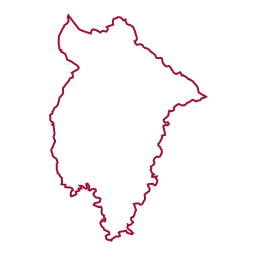 Lebon Régis, Santa Catarina, Brazil
{"feature_id": "56859067B67369109859398", "entity_name": "Lebon Régis", "entity_type": "district", "adm_level": 2, "iso_a3": "BRA", "parent_name": "Brazil", "parent_adm1": "Santa Catarina", "projection": "robinson", "projection_center": [-50.697, -26.878], "detail": "fine", "context": "isolated", "style": "outline", "palette": "rose", "viewbox_px": 256, "rotation_deg": 0, "n_neighbors": 0, "source": "geoboundaries", "source_scale": "gbopen_adm2", "svg_char_len": 5038}
<svg xmlns="http://www.w3.org/2000/svg" viewBox="0 0 256 256"><path d="M52.1,124.7L53.6,125.7L53.9,128.3L54.1,129.8L54.3,131.3L54.5,133.0L54.4,134.8L53.5,136.6L54.0,138.8L55.0,140.4L55.0,142.2L54.0,143.4L53.3,145.4L52.6,147.4L51.7,148.6L51.2,150.5L51.9,152.2L52.5,153.9L52.7,155.7L53.8,157.1L55.0,157.9L56.1,158.5L57.0,160.4L57.6,162.9L56.6,164.3L56.8,166.3L56.7,168.6L57.0,170.2L57.5,171.6L57.6,173.1L59.0,174.1L60.0,176.0L61.1,177.2L61.9,178.2L61.9,180.4L62.0,182.5L61.5,184.3L63.7,184.6L65.4,184.8L65.3,187.1L67.0,187.4L69.0,187.4L70.8,187.6L72.3,188.6L72.9,190.3L71.5,191.0L70.8,192.7L70.7,194.4L71.1,196.3L72.7,195.9L74.8,195.1L76.5,193.8L75.7,191.7L77.4,191.2L79.2,190.6L78.5,188.7L79.9,188.5L81.3,188.7L81.0,187.2L79.9,185.8L81.9,185.9L83.6,187.0L84.8,188.4L86.1,188.7L87.2,188.0L86.7,186.1L86.2,184.1L87.4,183.6L88.6,185.0L89.3,186.8L89.3,188.7L88.6,190.0L90.0,190.6L91.2,189.7L92.4,189.1L94.2,188.8L95.8,189.7L95.8,191.2L94.5,192.1L93.3,194.2L94.1,195.5L94.9,196.6L95.9,197.4L97.3,197.8L99.0,197.8L100.5,198.9L100.0,200.6L99.6,202.1L98.1,202.5L96.3,202.8L94.5,203.4L93.7,204.9L95.2,205.6L96.5,206.1L97.7,206.8L99.5,207.2L100.9,206.6L101.6,207.8L101.8,209.7L101.5,212.5L102.3,214.5L104.1,215.6L104.0,217.6L105.6,219.2L104.9,221.2L103.8,220.3L102.5,219.6L102.4,221.4L101.0,221.3L100.3,222.8L100.8,224.7L101.8,226.5L103.5,227.8L104.1,229.7L105.5,230.4L107.3,231.1L109.1,232.2L109.3,234.4L107.4,234.9L105.7,236.1L106.4,239.0L108.4,239.9L110.3,240.0L111.4,240.6L112.1,238.9L113.6,238.0L115.0,236.9L116.2,236.4L118.0,236.6L119.8,236.1L119.6,234.3L118.7,232.6L119.8,231.8L121.7,231.5L123.7,231.3L126.1,230.7L126.9,232.5L128.4,233.3L130.1,233.6L131.9,234.2L133.0,233.1L131.9,232.0L130.7,230.5L129.2,229.7L128.2,228.9L127.3,227.4L127.8,226.0L127.7,224.4L129.4,225.3L130.7,224.7L132.0,223.4L133.1,222.3L131.6,220.7L130.8,218.8L131.8,217.2L133.2,217.1L134.2,215.2L135.0,212.3L136.1,210.2L135.3,208.2L134.7,206.1L133.8,204.0L135.3,203.6L137.1,203.4L138.9,203.5L140.4,204.8L141.9,204.2L142.8,203.2L143.5,201.5L144.9,199.6L145.0,197.4L144.6,195.1L145.4,193.6L146.8,192.8L148.1,191.8L149.2,191.0L149.6,189.6L149.4,187.7L148.2,186.2L147.7,184.5L150.0,183.9L151.4,183.9L152.7,183.7L153.9,185.0L155.4,185.3L156.2,184.1L157.1,182.4L157.3,180.5L156.7,179.2L155.7,178.2L156.7,176.5L155.2,176.6L153.5,176.9L152.2,177.0L152.2,175.5L153.8,174.3L152.4,173.6L151.4,171.7L150.6,169.7L151.4,168.6L150.8,166.6L152.6,165.4L154.2,164.1L154.5,162.5L153.6,160.9L154.2,158.9L155.3,157.7L156.5,156.6L158.9,157.0L160.2,156.2L161.0,154.4L161.8,152.8L161.8,150.2L160.7,148.6L160.0,146.8L158.5,145.8L158.3,143.9L159.3,143.0L160.1,141.7L161.0,139.7L162.3,137.6L161.8,136.0L163.1,135.3L164.9,135.0L164.9,132.8L164.3,130.9L164.0,129.1L163.5,127.4L163.4,125.8L165.3,125.0L167.5,125.3L168.9,123.9L168.0,122.3L166.7,122.4L165.3,122.8L163.9,121.4L163.7,119.7L165.0,118.4L166.8,117.1L168.3,115.5L168.6,113.8L168.9,112.2L169.3,110.7L171.2,111.3L172.9,110.7L174.1,109.6L174.0,107.6L175.1,106.5L176.6,105.1L178.7,104.0L180.8,104.9L182.6,105.5L184.4,105.3L185.8,104.3L187.1,102.8L189.4,102.1L191.3,100.5L192.7,99.8L194.5,100.5L196.0,101.5L197.2,100.8L198.5,100.5L199.9,100.3L201.0,99.2L202.1,98.0L204.6,97.6L206.0,96.7L204.7,95.9L203.0,95.0L201.1,94.0L199.8,93.2L198.6,92.4L198.4,90.9L198.1,89.3L197.5,87.1L196.2,85.4L195.2,84.0L194.2,83.0L193.1,81.5L191.0,80.3L189.6,79.1L188.4,79.3L187.4,78.1L186.0,76.8L183.9,75.9L182.8,75.1L181.6,75.4L181.0,73.4L179.9,72.2L178.6,73.0L176.6,73.9L174.8,73.6L173.4,72.2L172.4,70.5L171.3,69.0L170.3,67.1L169.0,66.0L167.8,66.3L166.3,66.4L164.8,65.5L163.8,64.1L162.8,62.8L162.4,60.7L161.9,58.4L160.3,57.9L158.7,58.2L156.5,57.9L155.4,55.6L154.2,54.1L153.1,53.2L151.7,52.4L150.0,50.9L148.4,49.2L146.7,48.3L144.9,47.9L143.4,46.8L142.5,45.1L140.8,44.3L138.8,44.4L136.8,44.8L135.2,43.2L134.6,41.2L136.0,40.8L136.9,39.1L136.6,36.9L136.0,34.8L135.2,32.7L135.1,31.3L134.2,29.8L133.4,27.4L131.7,26.0L130.2,25.1L128.8,24.8L127.0,24.0L125.8,21.9L125.5,19.5L123.5,20.4L122.4,19.3L121.1,17.7L119.5,17.3L117.6,17.2L116.3,18.3L114.9,18.5L113.7,18.9L113.0,20.6L112.8,22.8L113.2,24.6L106.8,26.9L107.6,28.0L107.7,29.7L106.5,31.5L105.1,31.4L103.4,30.8L101.5,31.5L100.3,32.5L98.8,31.5L97.6,30.9L96.4,30.2L94.7,29.8L93.2,29.3L91.9,30.0L91.3,31.6L90.7,33.5L82.9,31.0L79.1,29.3L68.4,15.4L67.7,17.3L68.2,18.7L68.6,20.9L67.7,22.4L67.0,23.7L65.8,24.2L64.2,25.6L63.6,27.5L62.4,29.0L61.6,30.8L60.7,32.7L59.6,34.5L58.9,36.6L58.8,38.7L58.7,40.8L58.6,43.1L58.9,45.0L59.3,46.7L59.3,48.5L59.9,49.8L61.2,50.0L61.2,51.9L62.7,52.3L64.0,53.3L65.2,53.9L65.7,55.3L66.3,56.7L66.8,58.4L67.3,59.9L68.7,60.4L69.9,60.9L71.5,61.5L72.9,62.7L74.8,63.9L76.4,64.9L77.5,65.9L78.7,67.4L78.2,69.1L71.9,72.7L72.6,74.1L72.8,75.7L72.8,77.5L70.1,78.2L68.5,81.2L67.2,82.8L66.0,84.0L64.7,86.1L63.3,87.6L62.8,89.8L63.2,92.4L62.6,94.2L61.2,95.8L59.5,97.8L59.0,100.1L58.4,102.2L58.1,104.1L56.9,106.0L55.6,107.2L54.0,108.4L53.4,110.5L52.4,111.6L52.5,113.4L50.9,114.4L50.0,115.3L50.4,117.2L50.2,119.0L50.4,120.4L51.4,121.6L53.0,122.4L53.6,123.8L52.1,124.7Z" fill="none" stroke="#9f1239" stroke-width="2"/></svg>